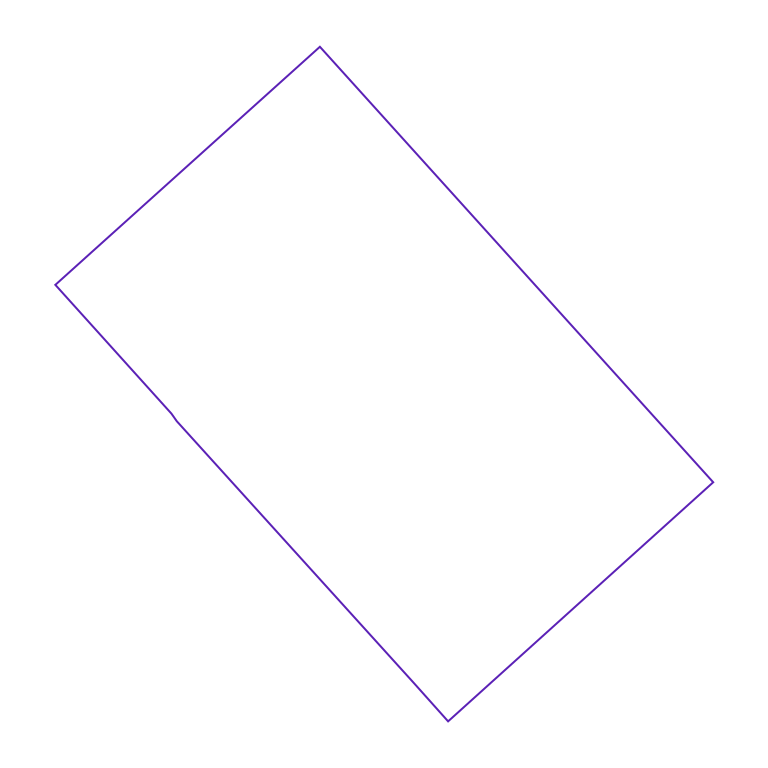 Andrews, Texas, United States of America (Robinson projection), rotated 48°
{"feature_id": "52423323B79543792390346", "entity_name": "Andrews", "entity_type": "district", "adm_level": 2, "iso_a3": "USA", "parent_name": "United States of America", "parent_adm1": "Texas", "projection": "robinson", "projection_center": [-102.679, 32.305], "detail": "fine", "context": "isolated", "style": "outline", "palette": "violet", "viewbox_px": 768, "rotation_deg": 48, "n_neighbors": 0, "source": "geoboundaries", "source_scale": "gbopen_adm2", "svg_char_len": 281}
<svg xmlns="http://www.w3.org/2000/svg" viewBox="0 0 768 768"><g transform="rotate(48 384 384)"><path d="M677.6,562.1L677.3,205.1L90.5,206.0L90.4,514.5L90.4,532.4L90.4,561.9L263.9,561.8L273.0,562.9L625.5,561.9L677.6,562.1Z" fill="none" stroke="#5b21b6" stroke-width="2"/></g></svg>